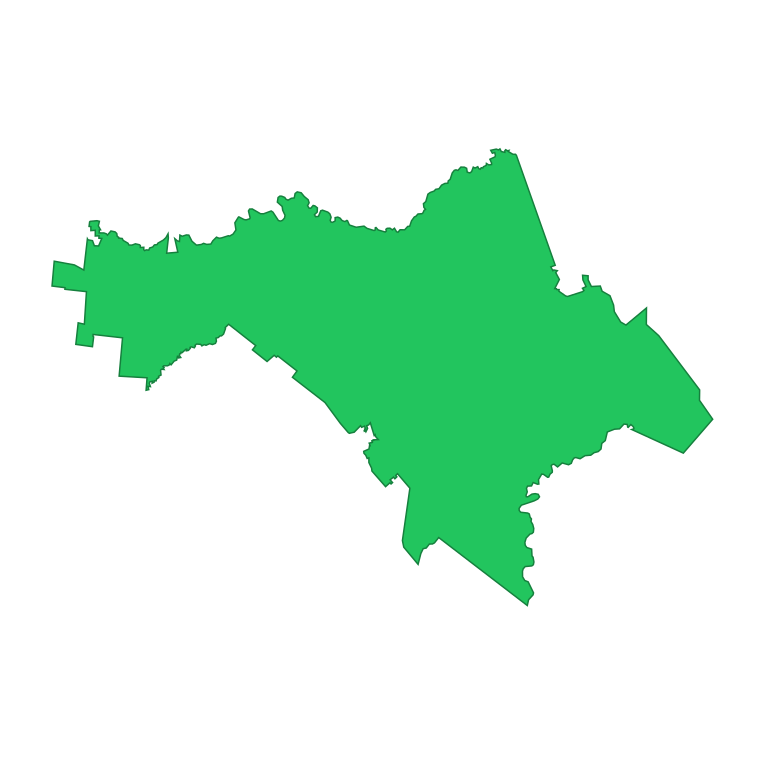 the district of Montemorelos, Nuevo León, Mexico, rotated 177°
{"feature_id": "50627088B84903506613222", "entity_name": "Montemorelos", "entity_type": "district", "adm_level": 2, "iso_a3": "MEX", "parent_name": "Mexico", "parent_adm1": "Nuevo León", "projection": "albers", "projection_center": [-99.737, 25.166], "detail": "fine", "context": "isolated", "style": "filled", "palette": "green", "viewbox_px": 768, "rotation_deg": 177, "n_neighbors": 0, "source": "geoboundaries", "source_scale": "gbopen_adm2", "svg_char_len": 6167}
<svg xmlns="http://www.w3.org/2000/svg" viewBox="0 0 768 768"><g transform="rotate(177 384 384)"><path d="M359.4,202.1L356.1,212.7L353.5,217.5L350.4,218.0L347.1,221.8L344.0,221.7L341.9,222.7L337.4,227.8L252.5,155.3L250.9,161.0L246.2,165.6L245.6,167.6L250.4,178.9L253.7,180.4L255.7,184.2L255.5,189.8L254.7,192.1L252.6,194.3L245.9,194.6L244.3,195.7L243.6,198.4L244.2,203.2L245.2,204.6L245.2,211.4L249.9,213.2L251.4,215.5L251.6,218.5L250.1,222.7L246.1,226.5L244.1,226.9L242.6,228.2L242.0,231.9L242.8,235.9L244.4,239.1L243.8,241.5L245.1,243.4L245.7,246.6L247.2,247.6L254.3,248.8L255.6,250.7L255.6,252.7L253.2,255.8L240.0,259.5L236.4,261.1L234.6,263.2L235.8,265.8L238.8,266.6L242.0,266.3L246.3,263.8L247.8,264.0L248.0,265.4L246.6,268.8L247.2,272.3L246.0,274.5L242.0,274.5L240.2,277.8L236.0,275.9L234.6,276.0L234.7,280.5L231.2,285.8L229.4,285.4L225.5,282.3L224.4,282.4L222.9,285.3L220.6,287.0L220.4,288.5L221.3,293.6L220.2,294.7L218.4,295.0L215.0,292.1L210.2,295.8L203.9,293.7L201.1,295.0L199.6,298.4L197.8,300.3L196.2,300.5L192.1,299.1L187.0,301.9L181.2,302.1L177.8,304.4L173.6,305.3L170.7,307.7L169.6,313.3L166.0,315.9L163.5,324.4L156.2,326.8L151.1,326.9L146.5,331.4L143.2,330.9L142.9,328.2L142.4,327.9L139.6,330.6L137.4,328.5L136.7,326.8L136.9,326.1L139.0,325.6L88.7,299.3L57.6,331.6L69.8,351.2L69.1,361.6L107.1,417.9L118.9,429.7L117.9,446.2L139.3,430.2L144.4,433.5L150.2,444.2L150.6,450.8L153.7,460.3L161.3,465.2L162.9,470.5L171.8,470.5L174.7,477.3L174.5,481.4L180.0,482.2L179.9,477.5L177.1,470.7L180.8,469.2L179.4,466.9L180.9,465.8L196.1,461.8L198.0,462.4L204.5,467.5L204.2,469.1L206.3,469.2L206.8,470.1L208.5,470.3L203.4,479.2L206.7,486.3L205.0,488.1L208.5,489.0L209.4,488.3L211.3,492.2L206.8,493.6L239.8,605.4L240.6,606.5L243.3,606.7L247.6,609.6L247.0,610.7L248.4,610.4L250.2,611.6L251.1,610.7L251.2,609.0L254.7,610.0L255.9,612.7L257.4,611.8L259.6,612.7L265.2,611.8L263.7,608.8L261.3,609.4L260.8,606.4L261.3,605.0L266.5,602.9L265.0,599.1L265.1,597.5L267.9,597.3L270.2,598.9L270.5,596.9L273.3,595.8L274.0,594.6L275.6,594.9L276.7,593.4L278.1,594.1L279.0,596.1L281.8,594.9L283.5,595.9L285.4,591.5L287.2,590.3L289.8,591.2L290.2,595.1L292.3,596.3L295.9,596.6L299.0,593.4L300.9,594.1L302.6,593.7L304.8,591.2L307.2,584.9L309.2,583.5L309.7,581.2L312.7,581.1L316.1,579.6L318.9,576.1L322.2,575.7L324.0,574.0L327.7,572.9L330.2,571.3L332.7,564.0L335.2,562.0L334.9,558.2L333.4,556.3L334.9,555.3L336.1,552.9L337.1,552.1L341.2,552.0L343.4,549.8L345.0,549.2L348.0,545.5L350.1,540.2L352.1,540.1L355.3,536.9L359.9,537.2L362.1,534.8L363.5,535.4L365.4,539.0L367.6,537.5L369.9,539.3L372.7,539.3L374.0,538.4L373.7,536.6L374.8,535.7L381.7,538.1L383.8,540.7L384.5,540.5L384.8,538.2L385.9,537.8L392.8,540.3L395.7,542.7L403.6,542.0L410.2,544.6L411.9,548.9L412.5,549.3L414.5,548.3L416.0,548.8L417.6,549.7L419.0,551.8L421.4,553.1L424.1,552.7L424.2,549.7L424.7,549.1L427.2,548.1L428.4,548.5L429.2,550.2L428.1,553.3L429.2,556.8L431.1,558.6L436.3,560.8L438.1,560.3L440.7,554.8L443.6,554.7L444.6,556.7L441.7,559.2L441.3,563.4L443.7,565.5L445.4,566.0L448.0,563.3L449.7,563.6L451.0,566.1L449.3,568.9L450.1,572.0L453.8,575.4L456.7,579.3L460.6,580.4L462.8,578.9L463.9,574.5L466.9,574.3L470.2,572.6L472.4,573.8L473.3,575.5L476.3,576.9L478.1,577.1L480.0,575.8L481.0,571.2L476.4,566.6L476.1,562.9L474.0,557.6L474.7,554.9L476.9,552.7L479.0,552.1L480.9,552.8L485.9,561.4L487.6,562.7L495.3,560.3L498.4,560.5L506.4,565.7L509.1,565.7L510.3,563.9L509.0,557.0L509.5,556.0L513.2,555.1L515.2,555.6L520.2,558.5L520.8,558.1L524.5,552.8L523.8,545.6L526.9,541.6L530.4,539.8L531.7,540.2L538.6,538.4L541.1,538.2L543.6,539.4L547.4,536.0L549.6,532.8L553.8,532.7L556.8,533.9L559.1,532.9L564.0,532.5L568.3,536.6L571.1,542.9L573.6,543.2L577.8,542.1L580.0,543.4L580.8,537.0L582.9,537.8L585.3,540.1L583.0,526.4L594.2,526.0L591.7,541.2L591.8,545.3L594.1,541.6L596.8,539.3L602.4,536.5L603.3,535.1L606.0,534.9L607.8,532.9L610.9,532.1L611.9,530.0L614.5,530.4L616.0,529.7L616.9,530.7L616.7,533.1L620.2,533.1L620.1,535.1L621.0,535.9L624.9,537.0L628.4,535.9L631.4,536.1L632.3,538.0L636.9,541.0L637.8,543.0L641.3,543.6L641.2,544.3L642.7,545.4L643.0,548.3L644.6,550.0L648.7,551.1L652.4,547.1L653.4,548.5L655.8,549.5L660.5,549.8L660.2,552.7L659.0,552.8L661.0,556.8L659.7,561.4L662.1,562.1L668.9,561.8L669.5,561.3L670.3,556.8L668.5,556.5L668.7,552.5L664.3,552.6L664.6,546.9L660.8,546.9L661.1,544.5L658.2,544.1L661.8,536.8L666.0,537.2L667.6,542.4L672.1,543.5L672.6,544.5L677.8,513.5L686.9,519.1L706.9,523.9L710.4,499.2L697.5,496.9L697.7,495.3L676.3,491.8L680.1,459.4L686.2,461.1L689.7,439.7L673.2,436.5L671.5,446.2L672.1,446.8L671.9,448.7L642.7,443.8L648.1,405.7L620.3,402.6L621.9,390.2L619.2,390.7L619.9,394.0L617.4,393.6L618.4,397.0L617.8,398.4L615.2,398.8L615.5,397.0L613.5,397.8L613.2,399.3L611.5,399.0L610.7,401.0L608.5,402.2L608.7,403.5L606.2,404.6L606.4,409.4L605.5,410.4L602.9,410.0L603.6,411.3L602.8,412.0L603.8,413.0L603.1,413.7L599.2,413.5L597.2,414.4L596.8,415.6L595.6,414.3L592.3,417.9L589.8,418.7L588.8,422.5L588.2,422.4L587.8,420.8L585.6,421.1L586.8,423.1L586.5,424.8L585.3,425.0L585.1,426.3L583.9,425.9L579.8,429.2L579.0,429.0L579.5,427.5L577.5,427.8L575.5,429.9L575.7,430.7L574.6,431.2L571.5,430.1L570.4,431.7L570.7,432.5L569.1,433.7L565.0,433.2L563.9,431.6L561.6,432.7L559.7,432.0L556.0,433.4L553.3,432.4L550.2,433.4L549.1,435.5L549.4,438.6L547.0,439.1L545.3,440.6L543.7,440.6L541.6,442.3L539.4,447.6L539.6,448.7L536.0,451.8L510.1,429.1L513.6,425.0L499.6,412.6L492.2,418.4L490.0,416.4L488.6,417.6L470.2,401.6L475.1,395.5L443.9,368.6L429.6,346.9L422.2,337.3L421.2,336.6L416.3,337.4L409.6,343.6L408.6,341.9L405.7,342.9L404.9,340.3L405.7,340.0L405.4,338.8L406.2,338.6L406.1,337.9L405.1,338.3L404.6,337.2L402.7,340.5L403.5,343.3L401.5,343.9L399.7,346.0L396.5,333.1L395.5,333.9L395.2,332.0L392.6,328.8L397.6,328.8L397.4,328.2L399.1,327.9L398.7,326.3L401.9,325.7L401.1,323.1L401.7,323.1L402.4,319.9L407.8,317.8L407.6,315.8L405.9,313.8L404.7,310.5L403.0,311.0L403.2,306.3L400.8,300.6L400.6,297.7L387.8,281.4L383.2,285.1L382.2,283.8L380.6,285.1L382.9,288.0L379.4,290.5L378.1,288.8L376.0,290.6L377.1,292.0L375.2,293.7L363.6,278.6L373.8,226.7L372.8,220.0L359.4,202.1Z" fill="#22c55e" stroke="#15803d" stroke-width="1.5"/></g></svg>